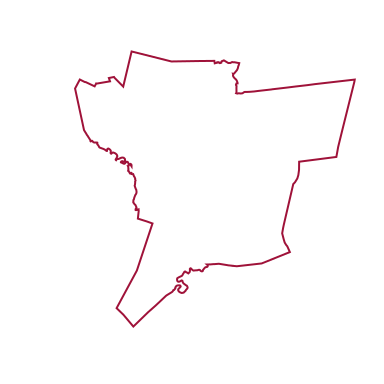 the district of Ommen, Overijssel, Netherlands, rotated 102°
{"feature_id": "6326949B52754123611932", "entity_name": "Ommen", "entity_type": "district", "adm_level": 2, "iso_a3": "NLD", "parent_name": "Netherlands", "parent_adm1": "Overijssel", "projection": "albers", "projection_center": [6.449, 52.51], "detail": "fine", "context": "isolated", "style": "outline", "palette": "rose", "viewbox_px": 384, "rotation_deg": 102, "n_neighbors": 0, "source": "geoboundaries", "source_scale": "gbopen_adm2", "svg_char_len": 5847}
<svg xmlns="http://www.w3.org/2000/svg" viewBox="0 0 384 384"><g transform="rotate(102 192 192)"><path d="M105.3,325.1L115.1,327.9L153.9,310.5L155.6,308.9L157.0,307.5L157.7,307.0L159.1,305.4L159.5,305.1L162.3,302.3L163.5,301.8L163.6,301.6L163.4,301.3L162.9,301.0L162.7,300.5L162.7,300.3L163.8,298.8L163.9,298.2L163.9,297.7L163.6,296.5L163.6,296.3L163.4,295.3L163.4,294.9L163.7,294.7L164.6,294.8L164.8,294.7L165.6,293.8L165.8,293.4L167.4,292.1L167.7,291.7L168.2,288.4L168.2,288.1L168.3,287.6L168.6,286.3L168.9,285.6L169.5,284.4L169.6,284.0L169.5,283.7L169.3,283.7L168.1,283.8L167.3,283.6L167.1,283.3L167.0,283.1L166.9,282.9L166.9,282.6L167.4,281.4L167.7,280.9L168.1,280.4L168.8,279.9L170.7,279.8L171.2,279.4L171.3,279.2L171.3,278.9L170.3,278.2L169.9,277.8L169.8,277.5L169.8,276.7L169.9,276.3L170.0,275.6L170.2,275.0L170.8,273.8L171.1,273.4L171.6,273.0L172.2,272.6L172.6,272.5L173.2,272.5L173.4,272.7L173.6,272.8L174.5,272.8L175.8,273.4L176.3,273.4L176.5,273.2L176.7,272.8L176.5,272.7L175.8,272.6L175.5,272.4L175.3,272.2L175.2,271.9L175.1,271.1L174.9,270.6L174.2,269.7L173.7,269.1L173.7,268.8L173.5,268.6L173.3,268.5L173.0,267.9L172.8,267.4L172.7,266.1L172.7,265.9L173.1,265.4L173.4,264.7L173.6,264.6L174.1,264.3L174.6,264.2L175.6,263.9L175.9,263.9L176.2,264.2L176.3,264.6L176.5,265.7L176.4,266.0L176.3,266.3L176.4,266.7L176.6,267.2L176.9,267.5L177.3,267.7L177.6,267.8L177.8,267.7L178.0,266.7L178.5,264.8L178.5,264.5L178.4,263.9L178.1,263.6L177.2,263.1L176.7,262.8L176.0,262.2L175.9,262.0L176.0,261.8L176.0,261.4L176.1,261.0L176.3,260.7L177.4,260.1L177.7,259.9L177.9,259.5L177.9,259.3L177.9,259.1L177.3,258.2L177.4,257.9L177.4,257.6L177.8,257.0L178.4,256.7L179.4,256.5L178.6,257.3L178.3,257.8L178.2,258.2L178.1,258.4L178.2,258.7L178.4,258.8L178.5,259.0L178.6,259.4L178.5,259.6L178.8,259.6L179.4,259.6L179.4,259.8L179.5,259.9L179.9,259.9L180.1,259.8L180.1,259.6L180.3,259.6L180.3,259.8L180.7,259.5L181.5,259.4L182.2,259.2L182.4,259.0L183.7,258.9L183.9,258.9L184.0,258.9L183.9,258.7L184.3,258.6L184.5,258.4L185.1,258.1L185.7,257.3L186.5,256.8L186.8,256.5L186.8,256.2L186.0,255.5L185.9,255.4L186.0,255.1L186.8,255.1L187.0,254.9L186.9,253.4L186.8,253.2L188.4,252.2L188.7,252.0L188.8,251.8L189.6,251.1L190.8,250.3L191.6,250.2L192.4,249.6L192.7,249.6L193.5,249.8L194.8,249.5L195.8,249.4L197.1,249.3L197.6,249.4L197.8,249.4L200.6,247.7L201.4,247.0L203.0,246.4L203.8,246.2L205.1,246.2L206.3,246.6L206.6,246.8L209.6,247.3L211.2,247.3L211.9,247.6L212.4,247.6L213.1,247.4L214.1,247.4L214.7,247.0L215.1,246.4L215.5,246.1L216.0,245.5L216.4,244.7L218.0,243.5L218.7,243.1L219.6,243.4L220.5,243.6L221.3,243.5L221.4,243.3L221.1,242.2L220.4,241.9L220.2,241.5L220.2,241.1L220.5,240.8L220.3,240.6L221.6,240.2L229.3,239.4L230.2,230.0L231.0,224.1L280.3,229.6L321.3,241.6L326.3,233.6L335.8,221.4L318.5,209.8L310.7,204.0L299.0,195.9L298.4,195.4L294.7,191.5L293.9,190.7L293.3,190.3L292.6,190.0L291.8,189.8L291.7,189.5L291.6,189.2L291.1,189.0L290.4,188.5L289.4,188.5L289.1,188.4L289.0,188.2L288.2,188.3L287.1,187.7L286.6,187.1L286.2,186.1L285.9,184.9L285.9,184.3L286.0,184.0L286.6,183.5L287.3,183.6L289.7,185.1L290.0,185.2L290.7,185.2L291.4,184.8L292.0,184.2L292.4,183.4L292.7,182.5L292.9,181.3L292.9,181.0L292.4,179.7L292.2,179.5L291.9,179.0L291.4,178.8L291.1,178.5L290.6,178.3L290.3,177.9L289.0,177.5L287.5,176.6L286.8,176.4L286.6,176.4L286.1,176.5L285.4,177.0L284.9,177.4L284.7,177.6L284.4,178.7L284.0,179.5L283.3,181.0L283.1,181.4L282.6,181.9L282.0,182.4L280.9,182.9L280.7,183.3L280.7,183.6L280.7,183.9L281.8,185.0L282.2,185.6L282.4,185.9L282.6,186.6L282.6,186.8L282.5,187.2L282.0,187.9L281.6,188.1L280.4,188.5L279.9,188.5L279.3,188.4L278.2,187.2L276.6,185.1L275.9,184.3L275.2,184.0L274.4,183.9L273.4,183.4L272.2,183.1L271.8,182.9L271.4,182.6L271.2,182.3L271.2,181.9L271.4,181.5L271.7,181.2L271.8,180.2L272.4,178.7L271.1,177.8L270.5,177.6L269.2,177.7L267.7,178.1L267.4,178.0L267.1,177.8L267.0,177.7L266.9,177.5L267.1,176.9L267.2,176.7L267.7,176.2L267.9,175.8L268.5,174.6L268.5,174.3L268.5,173.9L268.3,173.5L268.1,172.9L267.4,170.4L266.9,169.6L266.6,168.8L266.6,168.4L266.7,168.0L266.9,167.6L267.2,167.4L267.4,167.0L267.5,166.6L267.6,166.1L267.5,165.6L267.3,165.3L266.9,165.0L265.9,165.0L265.5,164.8L263.6,163.8L262.9,163.3L262.7,163.0L262.3,161.9L262.0,161.5L261.7,161.3L261.2,161.2L260.4,161.4L260.2,161.6L259.8,162.3L258.9,158.6L258.2,156.4L257.9,155.1L256.7,151.1L256.6,150.5L256.2,142.3L256.2,141.5L255.7,136.8L255.8,136.8L255.6,135.4L255.3,132.7L247.4,109.0L230.4,83.8L225.3,87.5L224.2,88.9L222.2,90.8L219.3,92.4L213.7,95.2L208.3,95.4L204.6,95.4L163.2,94.6L161.1,93.3L156.9,91.8L153.4,91.5L148.1,91.9L140.1,93.5L127.7,58.1L123.6,58.2L117.5,58.4L98.7,57.8L50.4,56.1L48.2,56.2L60.9,94.1L63.5,101.4L67.3,112.7L69.9,120.2L74.9,135.0L75.1,135.4L79.3,148.0L80.8,152.3L82.3,157.4L83.1,161.0L83.3,161.5L83.7,162.0L84.9,163.1L85.5,164.7L85.7,166.8L86.3,168.1L86.3,168.3L86.2,169.4L85.8,169.3L85.3,169.2L81.3,170.1L79.8,170.4L79.4,170.4L78.7,170.7L78.4,171.1L78.0,171.3L76.6,171.1L76.4,170.7L76.3,170.0L76.0,170.0L74.1,171.1L72.9,172.2L72.6,172.7L71.7,174.2L70.5,175.6L69.6,176.1L68.3,176.2L67.8,176.5L67.8,176.0L67.8,175.9L67.5,175.6L67.1,175.3L63.3,173.3L61.4,172.9L59.4,172.9L58.5,172.7L57.1,172.6L56.1,172.6L56.2,174.4L56.2,176.1L56.3,177.8L56.6,178.9L56.5,179.5L56.7,180.0L57.3,180.7L57.6,181.0L57.9,181.5L57.9,181.8L58.1,182.5L58.2,183.0L58.3,183.3L57.1,186.8L56.7,187.8L56.8,188.0L56.7,188.1L56.7,188.4L56.9,188.7L57.6,189.5L57.8,190.0L58.5,190.4L58.9,190.4L59.2,190.2L59.4,190.2L59.5,190.4L60.0,191.1L60.1,191.5L60.2,191.9L60.0,192.1L59.6,192.5L59.6,192.8L59.5,193.0L59.8,194.2L60.2,194.1L61.4,196.5L59.1,197.4L62.6,213.1L68.6,239.3L67.1,280.3L103.2,281.2L96.4,291.5L95.7,292.2L97.8,297.0L100.8,295.2L105.8,307.8L105.9,308.0L105.8,308.3L108.9,309.2L106.6,318.8L106.6,319.1L106.7,319.5L106.7,319.8L105.3,325.1Z" fill="none" stroke="#9f1239" stroke-width="2"/></g></svg>